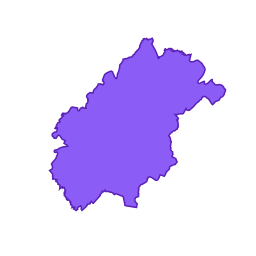 Guadalupe, Puebla, Mexico (Natural Earth projection), rotated 220°
{"feature_id": "50627088B56399187703173", "entity_name": "Guadalupe", "entity_type": "district", "adm_level": 2, "iso_a3": "MEX", "parent_name": "Mexico", "parent_adm1": "Puebla", "projection": "natural_earth1", "projection_center": [-98.145, 18.05], "detail": "fine", "context": "isolated", "style": "filled", "palette": "violet", "viewbox_px": 256, "rotation_deg": 220, "n_neighbors": 0, "source": "geoboundaries", "source_scale": "gbopen_adm2", "svg_char_len": 5842}
<svg xmlns="http://www.w3.org/2000/svg" viewBox="0 0 256 256"><g transform="rotate(220 128 128)"><path d="M172.9,207.1L173.5,206.2L173.0,205.3L173.2,204.8L172.9,204.5L173.3,203.9L172.8,203.1L172.8,201.5L172.5,201.3L171.9,198.5L170.6,197.3L170.9,196.2L170.4,195.0L170.9,193.1L170.6,191.9L171.0,191.0L170.8,190.7L170.5,188.3L171.0,187.6L170.7,186.6L170.9,185.9L170.7,185.4L171.0,184.5L172.5,183.1L172.4,182.7L173.1,181.6L173.1,180.9L174.4,179.7L174.4,179.1L174.9,179.0L175.4,178.0L176.0,177.6L175.1,176.3L174.7,173.3L174.9,171.2L172.8,168.1L171.3,164.7L170.8,162.5L169.1,160.1L168.7,158.4L169.1,158.1L171.4,158.6L173.5,159.9L175.0,160.2L175.6,161.0L177.3,160.9L178.4,159.4L178.7,158.2L179.2,157.7L180.0,155.5L180.2,154.1L180.0,153.1L178.4,148.4L177.7,148.2L177.5,147.7L177.1,147.9L175.8,147.6L175.2,146.8L174.8,145.5L175.3,144.7L176.0,144.9L176.9,144.1L177.4,144.1L177.5,143.8L178.6,143.2L179.1,142.5L178.5,141.6L178.3,137.4L178.6,136.5L178.6,135.9L178.3,134.2L177.3,132.3L179.7,130.9L180.5,128.8L180.5,126.5L180.0,125.6L179.5,125.1L177.6,124.7L177.3,124.2L177.1,124.3L177.1,123.9L176.6,123.9L176.4,123.1L175.8,122.8L175.1,120.8L175.5,120.0L174.4,117.6L174.0,117.1L172.8,116.4L173.1,115.7L174.0,115.6L175.0,114.5L176.0,114.9L177.1,112.5L176.5,110.0L177.6,109.2L178.8,109.9L179.5,110.9L184.3,108.2L184.4,107.3L184.7,107.0L184.4,104.9L183.9,103.4L184.2,102.3L184.0,101.5L184.5,99.6L185.2,99.2L185.2,98.7L186.2,97.0L187.0,97.2L187.0,97.7L187.6,97.2L187.1,95.1L185.3,95.4L185.7,94.3L185.4,92.6L185.8,91.8L185.9,89.8L184.4,89.3L183.8,88.5L185.0,87.6L185.1,86.7L184.5,83.9L183.6,82.1L183.8,80.8L183.3,80.8L182.7,81.2L182.6,82.6L182.2,82.7L180.6,80.3L180.5,78.7L181.6,77.6L182.2,75.4L182.0,74.3L180.9,73.2L179.1,73.1L178.1,72.7L176.5,73.8L176.8,76.0L176.8,77.6L176.0,78.2L175.1,78.2L171.0,77.1L168.5,77.9L167.9,77.8L167.6,77.6L167.8,76.9L167.2,75.1L163.6,75.7L162.4,75.3L165.5,71.9L167.4,68.7L168.1,66.3L169.9,63.9L169.5,62.6L168.8,62.2L167.9,62.6L166.9,64.0L166.0,63.7L165.2,62.8L163.6,57.9L163.7,52.5L163.5,51.5L163.3,51.0L162.2,50.7L160.4,49.3L159.9,48.1L160.0,47.0L160.8,45.1L156.0,44.2L155.4,43.6L154.7,42.4L153.4,41.7L153.0,40.5L152.5,40.5L152.4,41.2L149.2,42.6L149.5,41.5L149.2,40.8L147.2,41.1L146.2,40.7L145.6,39.9L143.6,40.4L142.8,39.9L142.4,38.9L141.8,38.6L141.2,37.5L141.1,38.4L140.6,39.2L140.8,40.6L139.8,40.8L139.2,40.2L139.0,41.2L138.7,41.4L136.7,40.3L135.8,40.2L135.6,39.8L135.9,39.5L135.4,37.7L134.9,37.0L134.7,36.2L134.7,37.8L134.6,38.0L134.2,37.7L133.7,35.5L132.6,35.5L131.7,35.3L131.7,35.0L129.7,35.0L129.6,34.0L128.4,33.8L128.1,33.8L128.1,34.6L127.6,34.3L127.0,34.7L124.2,34.5L124.3,33.6L123.7,33.6L123.2,33.2L122.7,32.4L121.7,32.8L121.2,32.3L119.9,32.1L119.7,31.0L117.9,32.9L117.5,31.0L116.0,31.5L114.7,31.4L114.3,33.6L115.2,34.0L115.4,35.5L114.7,36.4L114.3,37.9L113.9,38.1L113.0,37.5L111.7,35.7L110.3,35.3L109.6,39.9L109.6,42.6L110.1,43.3L109.5,44.4L108.9,44.7L108.5,45.3L108.4,46.0L108.7,46.3L109.0,47.2L108.9,48.2L106.7,47.8L106.2,48.0L105.9,58.6L106.6,58.9L106.4,61.9L107.1,62.9L105.7,63.4L105.6,65.5L105.1,65.0L104.3,65.0L101.8,67.1L100.3,67.3L99.4,68.3L97.9,68.4L97.1,68.7L96.8,68.2L95.5,68.3L94.9,70.0L87.6,72.4L81.6,67.7L80.9,66.9L79.9,66.9L70.4,72.6L72.3,75.9L75.3,76.2L76.9,77.8L77.4,79.6L76.0,82.1L76.0,82.6L76.7,83.0L77.6,84.7L78.6,84.9L79.3,86.5L80.1,87.2L80.2,88.1L81.4,88.8L81.8,92.9L80.9,94.0L79.2,98.8L80.4,101.9L80.7,101.8L80.6,104.1L79.7,104.4L79.3,104.9L77.4,105.4L73.6,105.7L72.8,106.0L72.2,106.6L71.9,107.5L72.2,109.7L72.8,111.0L73.2,112.8L71.3,113.7L69.3,114.2L69.4,116.1L70.3,118.6L69.9,123.3L71.0,124.5L71.0,125.9L70.3,127.0L70.3,127.6L68.7,130.2L68.4,130.4L68.6,132.5L68.4,133.3L69.8,134.3L71.4,134.9L71.7,135.3L75.9,134.3L76.6,135.9L76.7,136.9L77.7,137.4L78.3,138.3L80.2,138.4L81.7,138.9L82.1,140.2L83.8,141.2L84.4,142.6L85.3,143.5L85.6,144.7L86.2,145.6L87.4,145.4L88.2,146.8L88.8,147.3L89.9,147.6L90.6,148.2L91.8,148.0L92.0,149.5L91.9,151.6L91.3,154.7L90.2,156.4L90.3,157.5L89.6,159.0L90.2,159.7L90.2,161.0L90.6,161.8L91.5,162.2L91.6,162.7L93.0,164.2L93.7,164.4L94.5,165.5L95.0,165.2L95.9,165.5L95.3,166.8L95.6,167.8L100.6,168.6L99.0,169.7L98.3,171.1L96.8,172.8L95.1,174.0L95.1,175.5L96.0,180.2L94.5,179.6L93.7,179.9L92.4,181.0L91.6,185.9L91.5,190.3L91.7,190.5L90.8,193.7L90.9,195.6L90.3,196.7L90.4,197.6L90.8,198.4L90.6,199.3L90.8,200.2L88.9,201.9L87.0,201.7L85.7,201.9L85.3,202.2L79.4,200.3L78.2,200.3L78.0,202.1L78.0,204.5L76.2,207.7L76.2,208.7L76.6,209.8L76.4,211.6L75.7,212.9L75.9,215.5L76.8,217.4L77.1,218.9L77.8,219.9L78.4,220.2L79.9,220.2L81.2,220.9L83.2,221.1L85.7,220.2L87.8,217.9L89.2,217.2L93.5,217.7L93.9,218.1L94.3,219.1L94.8,219.2L95.2,218.3L95.6,213.8L96.6,211.5L97.3,211.0L97.8,211.0L98.3,211.3L99.1,212.6L99.5,212.8L100.2,211.9L101.7,208.3L102.1,207.9L103.3,207.6L104.1,208.0L104.6,209.8L104.4,214.5L104.8,217.8L106.1,221.5L106.8,222.6L108.3,223.5L113.2,225.0L118.1,224.8L119.4,223.5L120.1,221.4L122.4,219.1L123.4,218.9L124.1,219.1L124.6,219.9L127.0,224.7L127.4,223.7L127.7,224.1L128.2,223.9L129.4,222.2L129.8,221.2L130.6,220.8L131.4,221.2L131.8,220.0L132.0,220.1L132.2,220.9L132.8,220.9L133.4,220.1L133.3,221.2L133.7,221.4L134.9,221.0L136.1,221.5L136.3,221.2L135.9,220.0L136.8,220.3L137.0,219.5L137.2,219.3L137.8,220.0L138.2,220.0L138.5,219.5L139.5,219.1L140.1,219.4L140.8,217.7L141.9,217.3L142.0,216.7L141.8,216.1L142.7,215.5L143.1,216.7L145.7,216.8L146.3,216.4L146.1,215.7L145.5,215.2L147.5,215.4L147.9,214.9L148.2,213.3L148.9,212.6L149.9,212.4L150.3,212.8L150.4,212.7L150.1,210.8L149.2,210.7L148.6,209.9L148.6,208.3L148.2,207.7L148.0,206.4L148.8,203.7L149.8,202.6L149.8,202.0L149.3,201.7L149.1,201.3L149.4,200.9L150.3,200.9L150.8,201.9L157.2,205.2L163.8,207.6L163.8,208.6L164.3,209.3L164.6,210.7L165.1,211.4L167.2,212.3L167.8,210.7L169.0,209.3L169.2,208.3L169.8,208.3L171.0,208.7L171.3,208.6L171.7,207.3L172.9,207.1Z" fill="#8b5cf6" stroke="#5b21b6" stroke-width="1.5"/></g></svg>